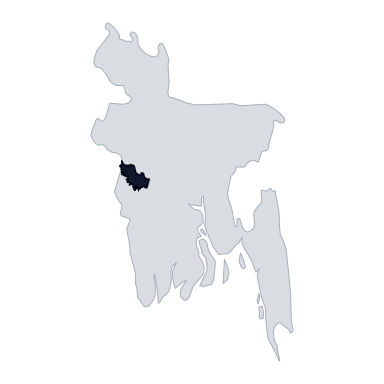 location of Kushtia, Khulna, Bangladesh
{"feature_id": "16705992B21124734124900", "entity_name": "Kushtia", "entity_type": "district", "adm_level": 2, "iso_a3": "BGD", "parent_name": "Bangladesh", "parent_adm1": "Khulna", "projection": "equal_earth", "projection_center": [89.019, 23.943], "detail": "fine", "context": "in_parent", "style": "filled", "palette": "ink", "viewbox_px": 384, "rotation_deg": 0, "n_neighbors": 0, "source": "geoboundaries", "source_scale": "gbopen_adm2", "svg_char_len": 8447}
<svg xmlns="http://www.w3.org/2000/svg" viewBox="0 0 384 384"><path d="M135.6,284.1L135.6,273.5L129.9,252.5L130.2,250.2L129.0,240.0L127.6,234.4L126.8,228.5L130.2,219.9L128.9,218.5L121.3,215.9L120.4,213.7L122.1,205.3L116.6,197.3L114.5,191.4L120.3,172.2L121.8,158.9L121.3,156.3L117.8,153.3L111.6,152.1L107.1,149.6L104.6,145.9L102.4,144.4L99.7,145.5L96.2,144.0L93.3,140.3L90.9,135.7L91.9,130.8L96.5,119.0L98.1,118.7L102.1,121.0L103.6,121.0L106.1,116.3L109.8,103.1L122.4,104.3L125.5,103.8L128.6,102.8L130.3,101.1L131.3,99.0L131.0,97.2L127.1,94.7L125.6,92.9L124.5,87.6L123.4,85.6L115.8,85.3L111.8,82.9L109.7,80.7L105.8,73.6L101.0,68.2L96.5,67.0L94.7,65.3L93.8,62.5L94.3,58.6L96.7,51.0L109.2,34.7L109.5,32.9L109.1,30.8L105.4,28.2L105.1,26.9L106.2,23.5L108.3,23.0L112.6,26.1L117.0,31.2L119.6,35.7L119.7,39.2L123.1,39.9L126.0,41.5L128.9,41.0L130.8,41.9L132.1,41.6L132.6,39.5L130.1,34.4L131.3,32.2L134.2,32.4L136.3,34.3L137.8,38.2L138.1,44.4L141.4,49.9L145.9,53.9L149.4,55.7L153.6,57.0L157.2,55.8L159.0,51.9L158.1,48.4L158.7,45.3L160.1,43.6L162.4,43.7L164.1,46.2L169.0,59.5L168.0,65.4L169.1,81.6L167.9,92.3L168.7,96.3L169.5,97.1L176.9,99.1L187.6,103.3L195.8,104.9L232.9,103.7L241.0,105.8L265.7,104.2L272.5,107.6L279.9,113.2L284.0,117.3L284.8,119.7L284.3,121.7L283.0,122.8L280.4,122.9L274.6,120.2L273.6,121.0L273.6,127.4L269.0,143.5L268.4,148.5L266.7,150.5L261.8,151.5L258.7,161.0L257.3,162.1L254.1,160.1L252.1,160.4L249.6,161.3L247.1,163.4L245.4,166.1L243.4,167.1L236.5,166.9L235.2,171.3L230.7,177.0L227.6,192.2L227.9,196.8L231.8,209.0L234.6,224.7L235.6,226.3L236.9,226.5L237.0,219.3L238.2,218.3L239.8,219.1L243.2,228.9L245.1,231.4L247.9,232.1L251.2,230.6L253.7,227.7L254.6,224.6L253.7,214.0L255.2,209.7L260.8,203.3L261.6,201.3L261.2,190.7L263.3,190.3L266.2,191.2L269.8,188.7L270.9,188.6L272.4,191.3L275.0,190.8L279.0,211.9L279.5,226.8L280.4,235.0L281.8,236.9L286.2,249.3L290.6,293.1L291.3,321.0L293.1,330.5L291.7,332.6L290.3,333.0L289.0,329.7L279.8,322.6L277.6,323.3L274.4,327.4L273.2,331.3L273.8,336.6L274.8,341.9L277.0,344.9L277.2,348.3L279.8,360.9L279.1,361.0L274.0,349.5L267.8,338.3L265.7,318.1L265.5,308.2L261.3,296.5L257.2,276.2L258.9,269.0L256.0,272.1L251.3,259.9L244.1,248.0L242.0,242.7L241.9,237.6L238.8,242.8L234.7,246.4L230.4,251.9L227.6,253.5L218.6,254.5L213.3,247.2L205.8,229.4L204.8,225.3L205.7,214.9L203.9,205.0L203.4,196.2L202.1,197.0L201.5,199.4L201.8,203.1L201.3,206.2L188.8,204.2L194.2,209.4L199.9,210.6L202.9,215.3L203.1,223.0L197.5,227.7L198.0,231.6L201.3,236.4L197.3,237.8L196.3,240.9L196.2,245.4L199.0,252.3L198.5,255.0L203.3,264.0L204.2,268.3L203.1,274.4L192.9,286.8L189.9,295.5L187.4,299.6L184.2,300.4L180.4,296.2L180.3,292.0L181.1,288.6L186.4,280.4L183.5,281.5L175.2,288.3L173.6,282.8L172.6,277.7L172.6,271.5L176.5,262.2L172.0,266.8L170.8,272.6L171.3,279.4L170.8,284.3L169.0,290.6L166.6,294.4L162.7,296.8L160.9,300.6L158.3,303.3L157.4,290.6L154.6,273.4L154.0,277.1L155.4,287.7L155.3,294.6L153.2,300.1L148.9,306.0L145.6,306.9L143.7,306.0L137.5,297.1L137.0,288.7L135.6,284.1ZM211.4,284.4L203.7,286.4L199.8,285.8L207.0,270.3L206.8,263.4L205.6,257.8L201.9,253.3L201.7,250.1L200.0,245.7L199.1,240.5L203.2,238.9L206.6,241.8L207.8,247.7L209.4,252.1L215.2,261.1L215.1,266.6L213.6,280.2L211.4,284.4ZM227.7,279.3L223.1,283.4L224.5,259.0L228.0,268.1L228.9,273.0L227.7,279.3ZM245.4,267.1L243.4,268.9L241.5,267.4L239.0,261.6L240.2,254.4L240.9,253.4L243.9,260.8L245.4,267.1ZM263.0,318.6L260.3,318.9L259.0,317.1L259.6,314.7L258.9,306.8L262.2,306.0L263.5,312.6L263.0,318.6ZM259.9,296.5L258.0,304.3L257.2,300.8L258.5,293.9L259.9,296.5ZM205.2,233.0L206.0,235.6L201.7,232.3L200.6,230.0L202.5,228.8L205.2,233.0Z" fill="#d9dde1" stroke="#a8b0b8" stroke-width="1"/><path d="M134.1,189.4L134.2,189.8L134.5,190.1L134.7,190.3L135.0,190.3L135.2,190.0L135.6,189.0L135.4,188.8L135.0,188.7L135.3,188.3L135.4,188.2L135.7,188.6L136.0,188.8L136.2,188.7L136.7,188.3L136.7,188.2L136.2,187.9L136.0,187.1L135.7,186.7L135.6,186.3L135.8,186.0L136.0,185.8L136.2,185.7L136.4,185.7L136.4,185.8L136.4,186.1L136.4,186.5L136.5,186.6L136.9,186.5L137.0,186.5L137.0,187.1L137.0,187.3L137.5,187.5L137.6,187.9L137.6,188.2L137.7,188.4L137.8,188.4L138.0,188.3L138.2,187.9L138.3,187.8L138.5,187.9L138.6,188.1L138.5,188.4L138.3,188.9L138.3,189.4L138.4,189.9L138.5,190.2L138.8,189.7L138.7,189.1L139.0,188.9L138.9,188.7L139.0,188.6L139.3,188.6L139.5,188.4L139.7,188.5L140.3,188.6L140.4,188.1L140.3,187.8L140.7,187.7L140.9,187.5L141.0,187.2L141.3,187.1L141.6,187.2L142.0,187.3L142.1,187.2L142.5,186.8L142.7,186.7L142.8,186.4L143.1,186.3L143.4,186.5L143.5,186.6L143.7,186.3L143.8,186.4L144.0,186.3L144.0,186.1L144.3,186.2L144.6,186.6L145.0,187.4L145.2,187.5L145.4,187.5L145.8,187.8L146.4,187.8L146.4,187.7L146.5,187.6L146.6,187.4L146.7,187.2L146.9,187.3L146.9,187.1L147.1,187.1L147.2,186.8L147.4,186.3L147.4,186.0L147.5,186.0L147.1,186.0L146.9,185.9L147.0,185.7L146.9,185.4L147.3,185.5L147.3,185.4L147.6,185.4L147.8,185.3L147.8,185.1L147.7,185.1L147.8,185.0L147.8,184.6L147.6,184.6L147.6,184.3L147.7,183.8L147.9,183.5L147.9,183.4L148.0,183.2L148.1,182.9L148.1,182.6L148.0,182.4L148.3,182.0L148.3,181.9L148.4,182.0L148.4,181.8L148.6,181.6L148.7,181.1L148.7,180.5L148.8,180.4L148.9,180.2L149.0,180.0L149.2,179.9L149.0,179.7L149.1,179.2L148.9,179.0L148.7,179.2L148.6,178.9L148.1,179.2L147.8,179.4L147.0,179.7L146.8,179.5L146.7,179.2L146.6,178.8L146.2,178.7L145.7,178.4L145.6,177.9L145.4,177.9L145.3,178.1L145.1,179.1L145.1,179.3L145.2,179.6L144.9,179.5L144.7,179.2L144.7,178.2L144.8,177.6L144.7,177.5L144.7,177.4L144.5,177.1L144.4,176.9L144.3,176.2L144.2,176.2L144.0,175.9L143.9,175.9L143.8,175.7L143.7,175.6L143.6,174.9L143.7,174.2L143.7,173.9L143.4,173.8L143.0,174.0L142.8,174.0L142.8,173.9L142.8,173.3L142.8,173.0L142.5,173.0L142.1,173.1L141.5,173.1L141.1,173.1L141.1,173.6L141.2,173.8L141.2,174.0L141.1,174.3L141.2,174.5L141.1,174.8L141.1,174.7L140.9,175.0L140.5,175.3L140.4,175.2L140.2,175.3L139.8,175.2L139.6,175.0L139.3,175.0L139.3,174.9L139.2,174.8L139.1,174.7L138.9,174.6L138.2,174.7L137.9,174.7L137.7,174.7L137.6,174.4L137.6,173.9L137.3,173.8L137.0,173.8L136.5,173.6L136.1,173.1L136.1,172.8L135.5,171.2L134.7,168.2L134.7,167.7L134.6,167.4L134.5,167.0L134.1,166.3L134.0,165.9L133.7,165.5L133.3,165.3L132.9,165.2L131.2,165.0L130.8,164.8L130.7,164.6L129.9,165.4L129.9,165.1L130.0,164.9L129.5,165.0L129.3,165.3L129.5,165.2L129.5,165.8L129.3,165.8L128.4,166.4L127.9,166.6L128.3,166.1L128.2,165.6L127.8,165.9L127.5,165.9L127.4,166.1L127.4,165.9L126.6,165.0L126.4,165.1L126.2,165.2L125.4,165.3L124.9,165.1L124.1,164.6L123.6,164.0L123.4,163.6L123.0,163.2L122.8,162.9L122.4,162.1L122.0,161.1L121.8,161.0L121.7,162.0L121.7,162.3L122.1,162.8L122.2,163.6L122.3,163.8L120.7,165.3L120.3,165.2L120.2,165.3L120.0,165.9L120.3,165.9L120.3,166.0L120.4,166.3L120.3,166.8L120.5,166.9L121.1,166.3L121.3,166.3L121.5,166.5L121.5,167.1L121.4,167.7L121.3,168.3L121.4,168.5L121.5,168.6L121.8,168.5L121.6,168.9L121.5,169.1L121.5,169.3L121.7,169.5L121.8,169.4L122.0,169.7L122.0,170.1L121.9,170.1L122.1,170.3L121.8,171.2L121.8,171.4L121.7,171.7L121.6,172.1L121.5,172.4L121.6,172.5L121.8,172.6L122.2,172.1L122.3,172.0L122.6,172.0L122.8,172.0L123.0,172.1L123.0,172.6L123.3,173.3L123.2,173.5L122.5,173.2L122.0,173.3L121.9,173.5L121.9,174.0L121.9,174.5L122.1,174.5L122.4,174.3L122.7,174.1L123.1,174.1L123.2,174.3L123.3,174.8L123.3,175.0L123.6,175.4L123.8,175.3L123.8,175.2L123.8,174.5L124.0,174.1L124.3,173.8L124.7,173.7L124.8,173.8L125.0,174.0L125.1,174.3L125.1,174.8L125.1,175.4L125.3,176.5L125.5,176.5L125.9,175.9L126.2,175.9L126.5,176.0L127.0,176.4L127.3,176.7L127.7,177.2L127.8,177.7L127.9,178.1L127.9,178.4L127.9,178.6L127.8,178.8L127.4,179.2L127.1,179.2L126.7,179.1L126.3,179.2L126.3,179.3L126.7,179.8L127.0,179.9L127.4,179.6L127.8,179.4L128.2,179.5L128.4,179.7L128.2,180.1L128.2,180.3L127.9,180.5L127.6,180.7L127.5,180.9L127.2,181.9L127.2,182.1L127.4,182.3L127.8,182.1L128.1,182.1L128.3,182.2L128.5,182.4L128.9,182.4L129.2,181.7L129.3,181.8L129.5,182.4L129.7,182.5L129.8,182.6L129.9,182.8L130.0,183.1L129.9,183.2L129.6,183.9L129.5,184.8L129.4,184.9L129.5,185.0L129.8,184.9L130.2,184.7L130.3,184.5L130.5,184.1L130.7,183.8L130.8,183.8L131.1,184.0L131.3,183.6L131.5,183.5L131.9,183.6L132.2,183.9L132.3,184.1L132.3,184.5L132.6,184.7L132.7,184.8L132.8,184.9L133.1,184.9L133.4,185.1L133.5,184.8L133.5,185.2L133.6,185.3L133.5,185.5L133.3,185.7L133.1,186.5L132.9,186.7L132.9,186.8L133.0,186.9L133.6,187.0L133.7,187.4L133.8,187.5L133.7,188.5L134.1,189.4Z" fill="#0f172a" stroke="#020617" stroke-width="1.5"/></svg>